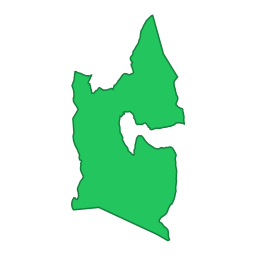 outline of San Pedro Teozacoalco, Oaxaca, Mexico
{"feature_id": "50627088B69168049256602", "entity_name": "San Pedro Teozacoalco", "entity_type": "district", "adm_level": 2, "iso_a3": "MEX", "parent_name": "Mexico", "parent_adm1": "Oaxaca", "projection": "equal_earth", "projection_center": [-97.274, 17.003], "detail": "fine", "context": "isolated", "style": "filled", "palette": "green", "viewbox_px": 256, "rotation_deg": 0, "n_neighbors": 0, "source": "geoboundaries", "source_scale": "gbopen_adm2", "svg_char_len": 5815}
<svg xmlns="http://www.w3.org/2000/svg" viewBox="0 0 256 256"><path d="M167.9,240.6L168.8,240.1L169.5,239.8L169.4,239.2L169.0,238.6L168.7,237.4L168.4,236.3L168.3,235.2L168.4,233.1L168.2,232.2L168.0,230.3L167.4,229.3L165.3,227.2L164.5,226.8L163.6,225.9L163.1,225.1L162.3,224.1L161.8,223.4L160.9,222.7L159.8,222.3L159.4,221.7L159.2,220.0L159.9,219.3L160.7,217.9L161.5,217.2L163.2,216.0L163.9,215.6L165.9,214.0L166.6,213.2L168.3,209.0L168.7,207.8L169.9,205.8L170.4,204.9L171.7,204.1L172.3,203.1L172.9,201.9L173.3,200.7L174.0,199.4L174.3,197.9L174.9,196.1L175.0,195.1L175.3,193.5L175.6,192.6L175.9,191.6L175.8,189.5L175.6,187.6L175.9,185.9L176.1,184.0L176.4,182.0L176.5,180.3L176.2,178.4L176.5,176.8L176.5,174.4L176.5,173.3L176.7,171.3L176.6,170.5L176.0,167.1L175.7,165.8L175.7,162.1L175.5,160.7L175.3,158.6L175.4,157.5L175.6,156.9L175.9,156.1L176.1,155.3L175.9,154.4L175.4,153.2L174.7,152.0L174.0,150.4L173.9,150.3L173.4,149.5L173.2,149.3L172.4,148.1L171.7,147.5L170.6,147.0L169.3,147.1L167.8,147.5L166.2,147.5L163.7,148.2L162.9,148.0L161.9,147.7L161.1,147.6L160.2,148.0L159.6,148.5L158.4,149.0L156.4,148.8L155.9,148.6L154.9,148.4L147.8,143.7L146.9,142.6L146.2,141.9L144.3,139.6L143.8,138.6L143.2,137.7L142.2,136.6L141.5,135.9L140.4,135.8L139.3,135.8L138.4,135.8L137.6,136.9L137.0,137.6L136.5,138.7L136.4,139.7L135.9,142.0L135.6,143.5L135.3,144.2L135.1,147.1L134.9,148.9L134.5,149.4L134.1,150.2L134.1,151.2L134.2,153.2L134.1,154.8L132.7,154.9L131.3,153.5L130.7,152.7L129.7,152.1L129.0,151.5L128.3,150.7L128.1,149.9L127.8,148.6L127.6,147.9L126.4,146.4L125.4,145.3L124.1,143.1L123.6,141.9L122.9,140.6L122.5,139.6L122.4,138.9L122.7,137.8L122.5,136.9L122.2,136.2L121.4,134.8L121.4,134.2L120.9,133.8L120.1,132.5L120.0,130.5L119.9,130.1L119.9,128.9L120.0,128.1L119.8,127.1L119.6,126.1L119.4,125.4L119.2,124.4L119.1,122.5L119.2,121.8L119.4,120.3L119.7,119.1L120.2,116.2L121.4,116.6L121.5,116.4L121.7,116.2L122.0,115.9L122.4,115.5L122.6,114.5L122.9,114.4L123.2,114.5L123.6,114.3L124.2,114.0L124.3,113.5L124.4,112.9L124.5,112.3L124.5,112.1L124.1,112.3L123.9,112.2L124.8,111.9L125.3,111.7L127.2,111.9L128.1,111.8L129.1,111.6L129.8,111.6L130.4,111.8L131.2,112.5L131.7,113.0L132.3,113.3L133.1,114.4L133.5,115.3L133.9,116.4L134.0,117.3L133.9,117.7L134.0,118.4L134.6,118.9L135.1,119.6L135.5,121.1L135.6,121.8L135.7,122.4L136.1,123.4L136.9,124.2L137.3,124.6L138.2,124.2L139.3,124.3L140.5,124.5L141.6,124.5L143.0,124.0L143.7,123.4L144.4,123.0L145.2,123.0L146.3,123.7L146.7,124.4L147.2,124.9L147.7,125.5L148.1,125.8L148.2,126.9L149.5,127.5L149.8,128.0L150.0,128.8L150.2,129.2L151.7,129.7L153.0,129.2L155.7,128.3L156.6,128.4L157.4,128.2L158.9,128.4L160.4,128.2L161.6,127.9L162.7,127.5L164.2,127.2L165.1,127.3L165.9,127.1L167.1,126.9L168.4,126.5L169.8,126.2L170.6,126.2L171.5,125.7L172.8,125.4L173.9,124.9L175.1,123.9L176.2,123.0L177.9,122.8L180.2,122.9L182.4,123.2L184.2,123.9L184.2,123.2L183.9,121.3L183.8,120.1L183.8,119.1L184.0,116.9L183.6,115.4L183.5,113.9L183.3,112.9L183.0,112.2L182.9,111.5L182.6,109.4L182.2,108.8L181.6,108.5L180.6,108.4L179.8,107.9L178.8,107.3L178.2,107.0L177.7,106.7L176.9,105.5L176.2,104.9L176.0,103.6L176.6,102.2L177.5,100.1L177.8,98.0L177.4,96.3L176.5,95.3L176.2,93.7L175.8,92.6L175.5,91.5L175.4,89.9L174.6,87.3L174.2,86.4L174.2,85.4L174.1,84.2L173.7,83.4L174.3,81.5L174.9,80.3L175.6,79.5L176.2,78.6L177.6,77.1L163.4,54.0L152.7,15.4L152.1,15.4L151.3,15.8L151.1,16.5L149.9,17.2L148.2,18.9L146.4,20.7L145.6,22.3L144.9,23.5L144.3,24.6L143.5,25.9L143.1,27.2L142.5,28.5L141.8,29.7L141.2,30.5L140.7,32.8L140.4,34.6L140.3,36.9L139.7,39.2L139.2,39.6L138.5,42.7L138.1,43.5L136.4,46.2L135.5,47.7L134.6,49.5L133.8,50.5L133.4,51.1L133.0,51.8L133.0,53.4L132.6,54.7L132.1,55.4L131.4,56.1L130.8,57.0L130.4,58.1L130.5,59.8L130.9,60.0L131.1,60.9L131.7,61.5L132.3,61.9L132.4,62.4L132.0,62.8L132.1,63.8L131.2,64.1L131.2,64.8L131.6,66.7L132.1,66.9L132.4,68.5L133.0,70.2L133.5,72.5L133.0,73.2L132.4,73.5L131.6,73.8L131.0,74.0L129.8,74.8L128.4,74.6L126.7,73.9L125.2,73.6L123.9,73.9L123.1,74.6L122.2,75.5L121.5,76.4L120.9,77.6L120.1,78.6L118.2,80.9L117.2,82.8L116.5,83.6L115.4,85.1L114.2,85.3L113.9,86.6L113.4,88.1L112.9,89.4L112.1,88.6L111.5,88.5L110.9,88.5L109.8,89.2L108.8,89.2L107.8,89.6L106.9,89.9L106.5,90.3L104.6,90.0L103.8,90.0L102.9,90.3L102.6,89.7L100.0,87.9L99.3,87.7L98.8,88.0L98.2,88.9L97.5,90.1L97.0,90.4L96.2,90.4L95.1,91.7L93.7,93.2L93.2,93.2L92.8,93.2L92.3,93.2L91.8,93.0L91.7,92.6L91.3,90.0L90.7,88.4L90.6,87.7L90.1,85.2L89.7,85.2L89.7,84.5L89.7,83.8L88.3,83.2L88.2,82.7L88.7,80.9L89.2,80.4L89.9,78.7L90.3,78.3L90.4,77.5L90.9,76.6L91.4,75.9L91.5,75.1L90.9,75.3L90.5,75.7L89.5,76.1L88.7,75.7L87.8,75.7L87.0,75.8L86.1,75.7L85.2,75.5L84.4,75.1L83.3,74.9L82.2,74.1L81.3,73.7L80.2,73.3L79.4,73.1L78.6,72.9L77.8,72.8L77.2,72.5L76.6,71.9L75.9,71.6L75.0,71.7L75.0,71.9L74.0,80.2L72.0,85.7L72.6,87.4L73.0,88.4L73.4,89.6L73.6,90.8L73.8,92.1L74.0,94.4L73.9,95.1L74.0,96.6L73.4,97.9L73.3,99.1L73.6,101.7L74.2,102.7L74.6,103.5L75.3,104.5L76.0,105.3L78.2,109.5L72.9,118.5L73.9,132.5L73.1,136.2L73.2,137.4L73.4,138.6L73.5,140.3L73.9,141.5L74.8,144.5L75.3,145.6L75.9,146.8L76.5,148.0L77.3,149.3L77.8,150.7L78.3,152.1L78.9,153.2L79.4,154.6L79.5,155.4L79.2,157.5L79.4,159.0L79.7,159.8L80.3,160.2L81.1,160.2L81.6,160.9L81.3,162.1L80.9,162.8L80.8,163.9L80.9,165.8L80.6,167.4L80.5,168.5L80.8,170.8L81.3,171.8L82.0,173.3L82.6,174.7L83.2,176.0L83.3,177.1L82.9,178.0L81.9,179.5L81.0,180.6L80.4,181.6L79.7,182.9L79.3,184.4L78.5,185.8L77.8,187.8L77.5,189.0L77.6,190.4L78.1,191.8L78.5,194.4L78.5,195.6L78.5,196.5L78.1,197.7L77.6,198.7L77.3,199.3L76.8,199.5L76.4,199.4L75.9,199.1L75.2,198.0L74.6,197.8L74.0,197.8L73.7,198.1L73.4,198.7L73.1,199.2L72.6,200.0L72.1,201.7L71.8,203.3L71.8,204.8L71.9,205.8L72.1,206.7L72.3,207.6L72.6,208.4L73.5,209.8L98.9,207.4L156.7,234.2L167.9,240.6Z" fill="#22c55e" stroke="#15803d" stroke-width="1.5"/></svg>